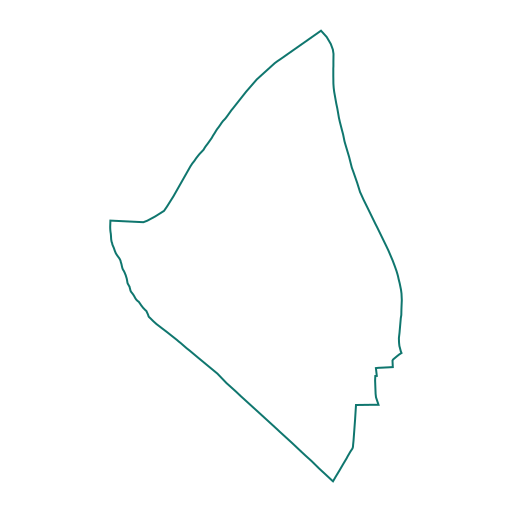 An Bien, Kiên Giang, Vietnam
{"feature_id": "81297802B3825263519858", "entity_name": "An Bien", "entity_type": "district", "adm_level": 2, "iso_a3": "VNM", "parent_name": "Vietnam", "parent_adm1": "Kiên Giang", "projection": "equal_earth", "projection_center": [105.023, 9.827], "detail": "fine", "context": "isolated", "style": "outline", "palette": "teal", "viewbox_px": 512, "rotation_deg": 0, "n_neighbors": 0, "source": "geoboundaries", "source_scale": "gbopen_adm2", "svg_char_len": 3204}
<svg xmlns="http://www.w3.org/2000/svg" viewBox="0 0 512 512"><path d="M388.4,250.5L386.4,246.3L377.2,227.4L375.5,224.1L367.7,208.1L363.5,199.6L360.7,193.4L360.1,192.2L357.2,182.9L353.2,171.4L351.8,167.6L349.1,156.9L345.2,143.8L344.5,141.3L343.1,134.4L341.8,129.5L339.7,121.3L339.7,121.2L338.9,117.7L338.1,113.0L337.3,108.4L336.3,103.7L335.6,99.8L334.2,91.9L333.7,87.9L333.4,83.7L333.3,75.4L333.3,68.3L333.4,66.3L333.4,61.5L333.5,53.9L332.9,49.9L332.9,49.7L330.8,44.0L326.7,37.0L321.0,30.7L280.1,59.4L277.4,61.2L274.7,63.2L256.8,79.4L246.2,91.6L232.6,108.8L231.5,110.1L229.8,112.5L227.0,116.4L225.4,118.5L224.0,120.0L223.0,121.0L222.1,122.2L221.2,123.4L220.6,124.4L219.8,125.5L219.2,126.4L218.4,127.5L217.5,128.6L216.6,129.9L215.8,131.2L214.6,133.2L213.1,135.5L211.7,138.0L209.8,140.7L208.6,142.4L207.3,144.2L206.2,145.6L205.4,146.7L204.3,148.4L203.6,149.7L203.3,150.0L201.9,151.5L199.6,153.9L198.6,155.1L197.5,156.5L196.1,158.3L194.5,160.7L192.2,163.6L191.3,165.0L190.5,166.2L173.5,196.2L166.9,206.7L164.0,210.9L163.8,211.0L155.1,216.5L147.3,220.7L143.4,222.2L110.4,220.6L110.2,226.4L110.2,227.9L110.3,230.0L110.5,231.9L110.8,233.8L111.0,236.2L111.1,238.3L111.2,239.5L111.4,240.7L111.6,241.8L112.1,243.1L112.4,244.6L113.9,248.1L114.8,250.8L115.3,252.0L115.7,253.0L116.2,253.9L116.9,255.0L117.6,256.0L118.4,257.1L118.9,257.7L119.2,258.2L119.6,258.8L120.1,259.8L120.5,260.7L120.8,262.1L121.4,263.9L122.0,266.7L122.4,268.2L122.9,269.5L123.8,270.9L124.3,271.9L124.6,272.6L124.9,273.2L125.1,273.8L125.7,275.2L126.2,276.9L126.7,278.5L126.9,279.5L127.1,280.5L127.3,281.8L127.5,282.9L127.7,283.5L127.9,283.9L128.4,284.7L128.9,285.7L129.3,286.3L129.6,286.9L129.7,287.6L130.0,288.6L130.2,289.4L130.4,290.3L130.7,291.1L131.2,292.0L131.8,292.7L132.8,294.0L133.3,294.7L134.4,296.5L135.0,297.7L135.7,298.8L136.1,299.4L137.1,300.5L137.9,301.2L138.7,301.7L139.1,302.3L139.9,303.4L141.3,305.5L142.2,306.6L142.9,307.6L143.9,308.6L144.8,309.6L145.8,310.5L146.0,310.7L146.5,311.2L146.8,312.0L147.7,313.9L148.3,315.4L148.4,315.9L148.6,316.3L148.7,316.6L149.0,317.0L150.2,318.1L153.2,321.1L156.4,324.0L159.8,326.6L162.0,328.3L167.4,332.4L171.3,335.5L177.0,340.0L178.7,341.5L180.5,342.9L186.7,348.3L189.4,350.4L198.0,357.6L206.6,364.7L215.2,371.8L217.4,373.6L226.5,383.1L236.2,391.8L240.4,395.8L245.9,400.8L253.7,407.9L266.0,419.1L277.7,429.8L279.8,431.8L291.1,442.1L292.5,443.4L301.4,451.8L305.6,455.7L311.5,461.0L318.9,468.3L332.4,480.8L333.0,481.3L335.8,476.5L339.5,470.4L343.1,464.2L346.8,458.0L347.5,456.6L350.4,451.6L352.4,448.6L352.8,447.5L353.0,446.4L353.1,444.8L353.5,440.9L354.3,430.2L355.1,419.2L356.0,405.0L363.8,404.9L371.7,404.8L378.5,404.8L377.9,402.9L377.5,401.8L376.0,397.3L375.6,393.8L375.1,380.5L375.3,376.0L376.8,375.9L375.9,368.1L378.6,367.8L381.3,367.7L392.8,367.1L392.5,360.6L392.7,360.2L392.9,359.8L393.2,359.4L393.9,358.8L396.9,356.3L399.3,354.4L401.5,353.0L400.8,351.3L400.0,348.2L399.4,346.0L399.1,343.3L399.0,341.8L398.9,338.2L399.0,337.1L399.5,332.9L400.8,318.1L401.3,315.0L401.4,310.1L401.5,307.1L401.8,300.2L401.6,295.9L401.5,293.6L401.0,289.8L399.7,283.4L398.6,279.0L398.0,276.2L397.4,274.0L396.5,271.0L394.8,266.2L392.7,260.6L388.4,250.5Z" fill="none" stroke="#0f766e" stroke-width="2"/></svg>